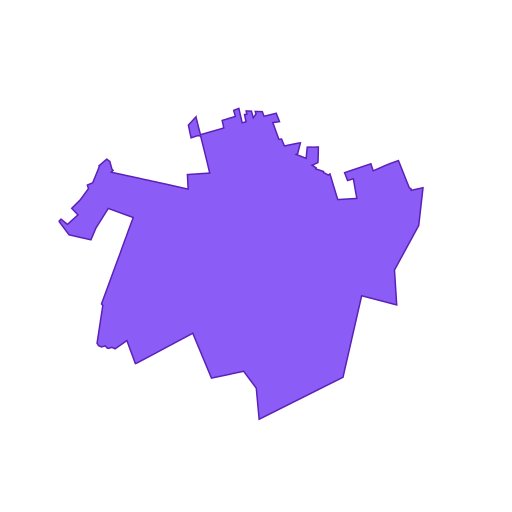 outline of Villa de Arista, San Luis Potosí, Mexico, rotated 67°
{"feature_id": "50627088B5681346085282", "entity_name": "Villa de Arista", "entity_type": "district", "adm_level": 2, "iso_a3": "MEX", "parent_name": "Mexico", "parent_adm1": "San Luis Potosí", "projection": "mercator", "projection_center": [-100.881, 22.664], "detail": "fine", "context": "isolated", "style": "filled", "palette": "violet", "viewbox_px": 512, "rotation_deg": 67, "n_neighbors": 0, "source": "geoboundaries", "source_scale": "gbopen_adm2", "svg_char_len": 3196}
<svg xmlns="http://www.w3.org/2000/svg" viewBox="0 0 512 512"><g transform="rotate(67 256 256)"><path d="M147.0,423.6L148.4,423.3L148.4,423.5L163.5,419.8L166.5,415.6L168.8,412.5L170.6,410.0L176.6,401.6L167.7,392.4L154.5,373.4L172.6,354.0L174.2,355.5L176.3,357.5L181.5,362.4L183.3,364.1L184.3,365.0L185.2,365.8L187.4,367.8L189.5,369.9L198.1,377.9L199.4,379.1L199.6,379.2L207.9,387.1L239.8,417.0L241.6,416.3L274.2,436.4L277.1,435.9L279.4,433.7L279.8,429.9L282.7,428.9L283.4,427.7L283.8,424.3L286.4,422.0L283.4,407.9L307.9,409.1L308.0,407.6L302.4,344.4L351.0,344.7L354.6,326.6L355.1,323.5L357.3,312.4L377.8,307.4L407.5,316.9L405.2,280.7L401.6,223.3L333.9,174.3L356.0,145.6L323.0,134.0L291.5,94.3L284.1,90.1L267.8,80.9L266.8,80.3L258.4,75.6L256.2,87.4L255.8,87.2L255.4,87.1L255.0,87.1L254.7,87.1L254.4,87.3L254.2,87.3L254.1,87.5L254.0,87.8L253.8,87.9L253.7,88.0L253.4,88.1L252.9,88.2L245.2,88.1L233.7,87.8L223.8,87.6L223.3,95.9L223.2,101.6L223.3,105.8L223.4,114.8L219.1,114.5L216.0,114.2L213.9,141.9L222.3,142.2L223.0,136.2L227.2,137.2L236.6,139.4L239.4,140.0L242.4,140.7L236.0,158.7L219.9,157.0L213.0,156.2L209.3,155.9L209.8,157.8L207.0,160.0L205.5,161.3L204.6,160.8L199.1,167.0L198.4,166.2L194.3,169.0L194.3,168.9L194.3,168.6L194.3,168.2L194.5,167.9L194.3,165.6L194.2,162.5L190.7,160.8L189.0,160.0L184.1,157.8L180.0,156.0L179.3,157.8L178.5,160.0L177.0,163.4L175.8,166.3L185.7,171.7L178.2,179.3L178.0,177.6L169.2,170.9L168.5,173.4L167.8,176.8L166.6,182.7L166.4,183.6L166.4,183.8L165.8,186.8L158.3,186.8L157.6,189.3L156.9,189.3L148.8,188.9L140.4,188.4L139.8,188.4L141.5,181.9L140.1,181.8L134.8,181.7L132.5,181.6L130.9,191.5L130.7,192.7L130.5,194.0L125.6,193.8L124.5,196.1L124.1,197.0L123.8,197.7L123.1,199.1L122.6,200.2L125.3,200.5L125.7,201.3L126.5,202.5L126.8,203.0L127.1,203.6L127.7,204.5L120.9,203.6L119.6,206.3L119.0,207.5L118.6,208.4L122.0,209.1L121.3,211.3L124.3,211.9L126.2,212.3L128.5,212.7L128.0,216.6L127.3,216.6L123.8,215.9L120.7,215.4L120.1,215.3L118.4,215.0L115.6,214.5L114.8,214.3L113.4,214.1L113.3,217.0L113.2,219.6L114.2,219.8L115.2,219.9L119.5,220.5L119.2,222.6L119.2,222.9L118.7,227.1L118.4,230.5L118.1,233.1L118.0,234.2L118.7,234.3L121.4,234.8L125.6,235.7L125.5,236.1L125.3,237.7L125.2,238.8L125.1,239.8L124.4,245.4L122.6,259.8L121.8,259.6L117.9,259.0L113.0,258.3L112.1,258.1L110.6,257.9L109.1,257.6L104.7,257.0L104.5,256.9L104.6,257.2L109.1,267.1L113.1,267.9L117.2,268.7L121.9,269.6L122.0,268.2L122.4,262.8L123.9,260.1L131.5,261.3L142.3,263.0L151.6,264.5L161.6,266.2L158.8,274.1L157.1,279.1L155.6,283.3L155.0,285.2L154.2,287.3L167.0,292.0L167.9,292.4L166.7,294.0L165.9,295.2L158.4,305.6L157.1,307.4L155.2,310.0L150.8,316.3L148.1,320.0L146.3,322.7L145.2,324.1L144.7,324.8L142.7,327.7L141.6,329.3L141.4,329.6L139.7,331.9L139.3,332.5L138.1,334.1L137.7,334.7L137.2,335.4L136.9,335.9L134.0,339.9L134.0,340.0L133.6,340.5L131.6,343.4L128.9,347.2L127.5,349.1L127.2,349.6L125.7,351.7L123.8,354.4L122.2,356.5L121.3,354.1L120.1,354.7L111.7,353.6L111.2,354.1L108.5,355.5L111.6,365.2L112.0,365.0L115.2,368.0L124.8,377.7L124.8,383.5L128.5,383.9L135.6,395.8L140.1,407.0L148.6,403.8L153.2,417.2L145.9,421.1L146.5,422.5L147.0,423.6Z" fill="#8b5cf6" stroke="#5b21b6" stroke-width="1.5"/></g></svg>